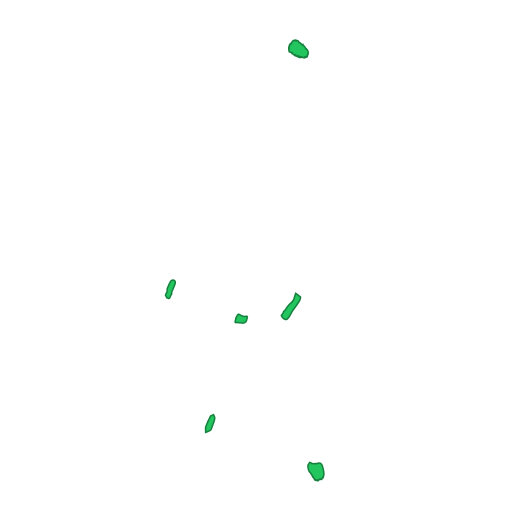 the district of Lulunga, Tonga, rotated 5°
{"feature_id": "48082658B21371704664746", "entity_name": "Lulunga", "entity_type": "district", "adm_level": 2, "iso_a3": "TON", "parent_name": "Tonga", "parent_adm1": "", "projection": "equal_earth", "projection_center": [-174.727, -19.925], "detail": "fine", "context": "isolated", "style": "filled", "palette": "green", "viewbox_px": 512, "rotation_deg": 5, "n_neighbors": 0, "source": "geoboundaries", "source_scale": "gbopen_adm2", "svg_char_len": 3307}
<svg xmlns="http://www.w3.org/2000/svg" viewBox="0 0 512 512"><g transform="rotate(5 256 256)"><path d="M271.8,42.0L271.3,42.0L271.0,42.7L270.8,43.6L271.2,44.2L270.4,45.0L270.4,45.5L270.5,46.1L270.9,46.3L270.6,46.8L270.8,48.2L271.1,48.6L271.1,49.2L271.2,49.6L271.6,49.8L272.1,49.9L273.0,50.1L273.6,50.4L274.1,51.0L274.5,50.6L274.9,51.4L276.9,52.7L277.1,52.1L277.5,52.2L277.6,53.1L278.4,53.3L278.6,52.9L278.9,53.3L280.2,53.9L280.3,53.1L280.8,53.0L280.6,53.8L281.5,54.2L282.0,53.7L282.2,54.1L282.7,53.7L283.1,53.8L283.1,54.4L284.0,54.1L284.1,53.6L284.5,53.6L284.7,54.1L286.6,54.4L286.8,53.8L287.0,53.6L287.4,54.2L288.5,53.6L288.4,53.2L288.6,53.0L288.9,53.5L289.5,53.2L289.9,52.0L289.7,51.2L290.0,51.1L290.3,50.5L290.3,48.6L289.4,46.4L288.5,45.9L288.1,45.2L287.6,45.3L287.2,44.4L286.6,43.7L285.5,42.5L284.6,42.3L284.4,41.2L283.3,41.5L283.1,40.9L282.3,40.7L281.6,39.9L280.3,39.6L279.6,38.3L278.1,37.7L277.2,38.2L277.0,37.5L276.2,37.4L275.4,38.0L274.6,38.0L274.5,38.4L273.7,38.7L273.2,39.7L272.9,41.2L272.2,41.1L271.8,42.0ZM326.1,459.7L326.0,460.1L326.1,461.6L326.8,464.0L327.5,465.6L328.1,466.5L328.8,467.0L330.1,468.3L330.1,468.7L330.9,469.3L331.2,470.4L331.7,470.6L331.9,471.3L332.4,471.4L332.7,472.1L333.5,472.4L333.5,473.0L333.8,473.8L334.3,473.7L335.0,473.9L335.0,474.3L335.3,474.4L335.7,473.9L336.3,473.6L337.0,473.9L336.9,474.5L337.3,474.6L338.0,473.9L338.5,473.1L339.2,472.5L339.7,472.6L339.6,472.9L340.0,472.8L340.4,473.0L341.0,472.8L340.9,472.1L341.4,471.4L341.8,470.9L342.2,471.0L342.4,470.3L342.2,470.1L342.6,468.8L342.7,467.5L342.3,465.3L341.7,462.8L341.2,461.5L340.7,460.2L340.4,459.3L339.6,458.0L339.3,457.7L338.6,457.0L337.5,456.7L336.0,456.9L335.0,457.3L334.7,457.8L334.1,457.6L333.3,457.5L331.7,458.0L331.1,457.9L330.3,457.8L329.6,457.9L329.2,457.5L328.6,457.2L327.9,457.0L327.3,457.0L326.9,458.3L326.2,459.2L326.1,459.7ZM291.1,304.8L289.6,307.5L288.3,309.0L288.0,310.4L286.4,313.0L287.6,314.9L288.8,315.9L290.3,316.6L291.4,316.7L292.3,316.4L293.1,315.5L294.4,313.6L295.6,311.0L296.3,309.4L296.6,308.5L298.3,305.6L300.0,302.8L301.1,300.9L302.3,298.7L303.3,296.7L303.9,294.4L303.9,292.9L300.5,290.7L298.8,289.7L297.7,294.4L297.5,295.9L296.4,297.9L295.3,299.4L294.3,300.2L292.6,302.5L291.1,304.8ZM175.9,287.2L174.8,287.3L173.8,287.8L173.0,288.9L172.6,289.9L172.3,290.7L171.9,291.6L171.4,293.2L170.8,294.9L170.4,296.4L170.4,297.3L170.5,298.6L170.6,299.1L170.0,300.9L169.7,301.1L169.4,302.5L169.3,302.9L169.4,303.5L169.9,303.8L170.5,304.8L171.1,305.6L171.5,305.4L172.4,306.0L173.0,305.9L173.5,305.5L173.9,304.8L174.3,303.5L174.5,302.6L174.8,302.2L175.2,301.6L175.3,301.1L175.2,300.0L175.4,298.4L176.0,296.9L176.6,295.0L177.1,293.5L177.6,291.6L177.9,290.5L177.9,289.5L177.7,288.4L176.9,287.5L175.9,287.2ZM227.9,427.1L228.6,424.8L229.0,422.3L229.0,420.5L228.2,419.0L227.5,417.7L224.6,419.4L223.7,422.0L222.6,424.7L220.7,430.9L221.2,436.1L222.4,435.6L223.5,435.0L224.5,434.4L225.4,433.9L226.4,432.8L227.0,430.7L227.9,427.1ZM243.2,315.8L242.7,316.3L242.5,316.8L242.2,317.4L241.9,318.2L241.4,319.5L241.2,321.4L240.9,323.2L241.0,323.8L241.3,324.1L242.5,324.0L244.5,323.9L248.5,324.0L249.7,323.8L250.6,323.3L251.6,322.4L252.2,321.0L252.5,319.1L252.7,317.4L252.2,316.8L249.3,317.3L247.5,316.9L246.4,316.6L244.6,315.7L243.9,315.5L243.2,315.8Z" fill="#22c55e" stroke="#15803d" stroke-width="1.5"/></g></svg>